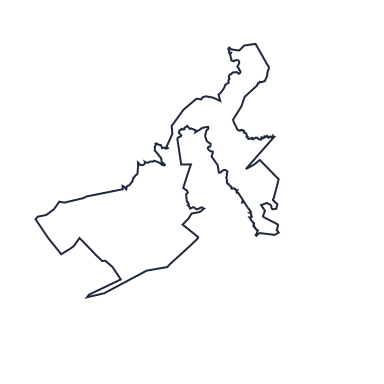 outline of Santiago Tamazola, Oaxaca, Mexico, rotated 46°
{"feature_id": "50627088B25658637599997", "entity_name": "Santiago Tamazola", "entity_type": "district", "adm_level": 2, "iso_a3": "MEX", "parent_name": "Mexico", "parent_adm1": "Oaxaca", "projection": "orthographic", "projection_center": [-98.227, 17.745], "detail": "fine", "context": "isolated", "style": "outline", "palette": "slate", "viewbox_px": 384, "rotation_deg": 46, "n_neighbors": 0, "source": "geoboundaries", "source_scale": "gbopen_adm2", "svg_char_len": 6029}
<svg xmlns="http://www.w3.org/2000/svg" viewBox="0 0 384 384"><g transform="rotate(46 192 192)"><path d="M139.4,237.7L141.9,239.9L122.0,270.9L120.9,274.5L110.9,291.3L106.8,294.1L108.5,303.3L107.4,312.2L106.6,313.9L102.6,320.1L102.9,323.5L125.1,327.4L145.9,329.3L148.0,320.0L148.8,314.6L147.0,304.9L167.6,304.8L169.8,305.0L175.6,304.6L179.1,304.6L181.3,302.1L190.8,301.3L205.4,304.0L194.3,337.4L194.8,340.6L203.8,325.6L217.0,279.4L228.8,261.9L228.6,257.3L229.4,230.9L229.4,220.0L228.7,218.9L209.0,221.4L208.7,215.5L208.9,213.7L207.2,207.2L211.3,201.2L211.9,199.6L212.4,194.8L209.7,195.7L209.5,196.1L208.0,200.5L203.8,201.5L202.7,204.9L200.8,204.0L200.2,204.3L199.7,204.1L198.7,204.2L199.0,203.3L198.9,202.9L197.7,202.6L197.3,202.3L197.0,202.2L196.8,202.5L195.7,202.3L195.6,202.1L194.9,202.1L193.6,201.0L189.5,197.9L189.5,195.4L187.8,194.7L183.0,195.5L175.9,182.4L171.4,173.6L164.7,180.7L144.0,165.9L143.2,165.0L143.3,163.8L143.6,162.7L144.2,161.6L144.0,160.5L141.3,160.2L140.2,160.3L139.0,158.0L139.6,156.7L139.3,155.6L141.4,154.5L141.4,153.4L140.6,152.6L140.8,151.7L141.2,150.6L141.1,149.5L145.2,149.7L145.4,148.7L146.9,147.9L147.8,147.6L148.9,146.9L150.2,146.6L151.4,148.2L151.9,145.6L152.7,142.6L152.8,140.9L154.2,138.0L156.5,135.2L157.8,136.3L157.9,137.2L157.7,138.5L158.5,140.2L160.1,142.6L161.2,143.9L162.6,144.5L163.8,145.2L165.3,145.7L166.4,145.9L168.7,145.5L170.1,145.1L170.9,145.7L172.0,147.5L171.0,148.6L171.1,149.8L171.8,150.5L173.6,150.7L175.8,150.3L176.4,149.6L177.5,149.0L178.4,150.0L180.0,153.2L190.8,155.0L196.8,159.3L197.5,158.5L197.8,157.3L197.9,155.3L198.3,153.7L199.2,152.8L201.7,152.2L202.7,153.3L202.9,154.3L204.2,155.0L205.4,157.3L208.3,159.0L209.5,160.5L210.8,160.7L212.1,160.1L213.0,160.4L214.4,160.4L215.5,160.0L216.3,160.7L216.4,161.0L217.0,161.2L217.5,160.5L218.2,160.2L218.3,159.3L220.2,158.8L220.8,158.9L221.0,159.2L221.9,159.2L222.2,158.5L222.5,159.4L223.1,160.1L224.0,160.2L224.5,159.3L233.1,161.0L234.4,163.2L234.8,162.4L234.1,161.2L242.1,162.8L244.5,162.9L244.9,163.0L245.2,163.3L246.1,163.2L247.1,163.6L247.9,163.2L247.6,163.6L247.6,164.0L247.1,164.8L247.4,164.7L249.1,164.8L249.1,165.1L249.4,165.4L250.3,165.8L251.3,166.1L251.3,167.6L250.7,167.9L250.2,168.3L254.1,169.1L257.1,169.1L257.3,169.5L257.6,169.2L258.4,169.8L258.8,170.6L258.8,171.3L259.0,171.5L259.4,171.5L259.6,171.6L260.4,171.3L261.2,171.5L261.2,171.3L262.7,171.8L263.0,171.6L263.3,171.8L264.5,171.8L265.3,171.3L266.7,174.2L267.3,176.2L268.2,176.2L268.2,173.7L268.6,171.8L280.3,162.3L281.4,157.8L278.1,157.5L278.1,156.8L275.5,153.1L275.2,152.9L274.6,152.9L259.9,157.9L258.7,157.8L256.3,152.6L249.4,151.4L251.9,145.7L253.1,145.5L255.1,144.6L256.7,144.5L257.5,144.9L258.6,145.9L260.3,146.2L262.6,143.1L260.2,139.3L258.9,138.9L258.0,139.3L257.1,139.4L256.3,139.2L255.6,139.1L255.1,139.5L254.4,139.5L253.7,139.0L253.7,138.7L253.3,137.9L253.3,137.7L253.0,137.4L253.0,137.1L252.8,136.9L252.6,136.5L247.5,128.0L243.0,120.8L216.0,121.0L215.4,128.7L212.9,137.3L209.4,94.5L208.5,95.3L208.4,95.3L207.7,94.9L208.0,96.7L206.9,97.0L206.6,97.1L206.6,97.4L206.8,97.5L206.9,97.8L206.9,98.0L206.2,98.7L206.0,99.4L205.7,99.4L205.3,98.8L204.9,98.7L204.6,98.8L204.3,99.1L203.5,99.2L203.3,99.3L203.6,100.7L203.6,101.2L203.3,101.3L202.4,101.4L202.8,102.1L203.0,102.7L202.8,103.4L202.0,104.4L201.6,104.3L201.4,103.7L201.1,103.7L200.9,103.9L201.1,104.4L201.5,104.8L201.9,105.0L202.1,104.8L202.3,106.1L201.9,106.2L200.5,107.2L199.5,107.4L198.6,107.2L198.3,107.7L197.6,107.9L197.3,108.1L197.1,109.0L196.7,109.8L196.7,111.4L196.5,111.5L195.9,111.4L195.4,111.0L194.9,111.1L194.7,111.4L194.8,111.7L195.4,111.6L195.6,111.9L195.2,112.3L194.0,112.8L193.3,114.3L193.1,114.5L192.6,114.6L192.1,114.5L192.0,114.3L190.8,114.0L190.8,113.6L190.6,113.6L190.0,114.3L189.2,113.2L188.7,113.0L188.5,112.7L188.1,112.6L187.0,112.4L186.6,112.7L186.2,112.8L185.9,113.2L184.9,113.2L184.6,112.6L184.2,112.4L184.2,112.1L183.8,112.1L183.0,112.7L182.5,112.8L181.9,113.2L181.6,113.2L181.5,113.4L181.8,114.0L181.6,114.3L181.2,114.8L180.9,114.8L180.7,115.3L179.9,115.8L179.6,115.8L179.3,115.7L178.3,115.9L175.7,114.9L171.7,113.8L168.5,112.3L164.7,97.0L160.1,87.8L160.6,71.3L159.6,69.2L160.2,68.5L159.9,67.9L159.8,66.6L161.3,65.7L162.8,62.4L160.1,56.3L159.2,55.9L157.5,53.2L156.6,50.8L154.4,49.5L153.2,49.5L129.6,43.4L122.9,52.7L123.0,59.6L122.0,60.6L116.8,64.6L114.0,64.8L114.1,66.2L114.9,66.9L116.4,67.1L117.4,68.6L119.0,67.2L119.5,69.1L120.6,69.6L124.8,72.3L125.7,71.6L127.0,71.2L127.2,69.7L128.0,68.4L128.5,67.9L129.2,67.4L130.1,67.3L131.2,67.6L132.1,68.6L133.4,72.3L133.8,72.5L135.9,72.4L137.0,73.4L137.5,73.2L138.7,73.3L139.7,74.3L139.7,75.1L139.3,76.4L138.1,76.3L136.8,76.5L136.1,77.6L135.2,78.4L134.6,79.3L134.6,79.9L134.3,80.1L134.3,80.3L134.4,82.0L133.8,83.1L134.1,84.8L134.8,85.4L135.3,86.1L136.1,86.1L136.9,86.9L136.8,87.9L137.6,88.9L138.9,89.7L138.0,93.8L139.0,95.4L139.9,98.4L140.1,100.2L140.5,101.7L140.4,104.0L140.4,105.3L146.1,108.4L138.6,111.4L132.6,115.7L132.2,116.9L131.3,118.4L131.4,119.4L131.7,121.1L128.0,123.9L126.9,140.9L130.4,160.8L136.6,165.8L141.7,178.7L143.7,178.9L143.1,180.2L142.4,180.9L141.1,180.8L139.7,183.0L136.7,181.8L134.8,183.1L133.3,183.7L132.3,183.8L131.9,184.7L132.9,185.2L133.8,187.7L134.5,188.0L136.1,189.8L137.2,190.1L138.8,189.9L140.2,190.3L142.1,190.1L142.4,190.4L142.8,190.6L143.5,190.7L144.3,190.6L144.7,190.4L145.2,190.4L146.3,191.1L147.1,191.2L148.8,192.6L149.6,192.9L152.7,192.6L153.2,192.5L153.8,192.8L153.8,193.2L153.3,193.7L152.2,194.4L151.0,194.9L149.7,194.8L148.1,195.3L146.2,195.9L144.1,197.2L143.1,197.7L143.0,199.1L142.1,199.8L141.1,201.0L140.7,201.6L140.7,202.2L140.5,203.2L138.8,204.7L138.2,205.0L137.6,205.1L138.6,205.6L138.8,206.6L138.8,207.4L138.6,208.4L138.1,209.2L136.6,210.4L133.3,210.4L136.5,213.3L137.9,215.1L139.5,216.8L141.1,218.8L141.0,220.6L140.8,221.1L140.9,221.8L141.3,223.3L140.9,224.1L141.5,225.1L141.8,225.4L142.3,226.7L142.9,227.3L143.2,229.8L143.7,232.4L143.0,233.7L142.8,235.0L143.0,235.9L144.3,237.1L144.5,237.5L141.4,237.2L140.3,237.4L139.4,237.7Z" fill="none" stroke="#1e293b" stroke-width="2"/></g></svg>